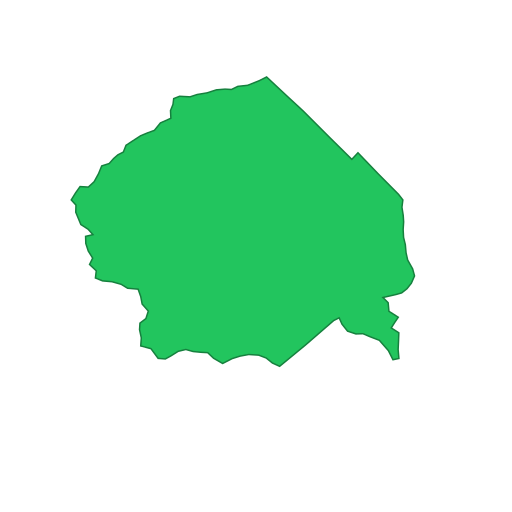 Treviso, Santa Catarina, Brazil (Natural Earth projection), rotated 315°
{"feature_id": "56859067B5615097343728", "entity_name": "Treviso", "entity_type": "district", "adm_level": 2, "iso_a3": "BRA", "parent_name": "Brazil", "parent_adm1": "Santa Catarina", "projection": "natural_earth1", "projection_center": [-49.498, -28.51], "detail": "fine", "context": "isolated", "style": "filled", "palette": "green", "viewbox_px": 512, "rotation_deg": 315, "n_neighbors": 0, "source": "geoboundaries", "source_scale": "gbopen_adm2", "svg_char_len": 1597}
<svg xmlns="http://www.w3.org/2000/svg" viewBox="0 0 512 512"><g transform="rotate(315 256 256)"><path d="M165.0,85.7L164.7,92.7L159.5,97.6L154.4,109.9L156.2,118.3L155.8,125.6L149.4,121.6L144.5,126.8L140.9,133.9L139.0,142.0L132.3,144.3L132.6,153.5L126.9,158.0L129.9,165.1L136.0,172.4L140.6,180.6L142.4,188.0L149.2,196.1L145.8,203.2L141.5,209.5L140.9,218.8L133.9,222.4L126.5,221.4L121.6,225.7L117.0,232.8L110.9,238.1L116.2,247.3L114.4,259.2L119.1,264.7L125.3,266.5L133.6,268.4L140.3,272.5L144.0,279.1L149.2,285.4L153.5,290.2L153.7,298.3L156.4,308.4L166.6,311.7L173.9,315.5L181.2,320.5L187.8,328.0L191.1,335.4L191.9,343.2L194.7,350.7L227.7,353.9L265.4,356.6L271.1,358.5L268.6,365.0L267.6,373.9L271.5,381.7L276.7,386.6L279.5,393.6L283.6,402.8L282.7,416.5L279.5,426.2L284.6,429.5L290.4,422.6L297.1,416.5L302.7,411.3L300.8,402.5L307.0,401.1L313.3,399.9L310.9,389.1L316.4,382.5L316.4,375.1L327.7,382.2L332.9,385.1L339.6,385.9L346.6,385.1L354.0,382.2L357.7,375.8L360.4,366.1L364.4,359.8L369.6,353.6L373.5,347.2L378.8,341.3L384.5,336.3L388.8,331.4L393.7,324.7L399.5,320.2L400.4,313.2L400.5,283.6L401.1,255.1L392.1,255.4L391.9,224.7L391.9,211.0L391.9,194.6L391.9,186.9L391.0,163.9L390.1,136.9L382.2,134.3L370.8,129.4L363.1,123.2L356.4,120.9L352.1,116.1L345.5,110.5L336.7,106.0L328.6,100.2L321.9,96.8L314.9,89.0L309.1,86.5L304.5,90.1L298.4,92.7L293.2,98.4L282.5,94.3L273.0,95.3L266.5,92.3L259.5,89.4L250.6,87.5L242.4,85.8L235.7,88.7L229.9,86.8L224.3,86.4L217.6,86.8L210.6,83.2L203.0,86.4L194.1,89.0L186.2,88.7L180.7,82.5L173.0,83.8L165.0,85.7Z" fill="#22c55e" stroke="#15803d" stroke-width="1.5"/></g></svg>